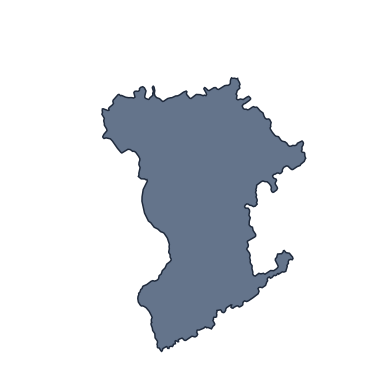 outline of Yizre'el, HaZafon, Israel, rotated 54°
{"feature_id": "584046B83064859640631", "entity_name": "Yizre'el", "entity_type": "district", "adm_level": 2, "iso_a3": "ISR", "parent_name": "Israel", "parent_adm1": "HaZafon", "projection": "natural_earth1", "projection_center": [35.352, 32.606], "detail": "fine", "context": "isolated", "style": "filled", "palette": "slate", "viewbox_px": 384, "rotation_deg": 54, "n_neighbors": 0, "source": "geoboundaries", "source_scale": "gbopen_adm2", "svg_char_len": 6022}
<svg xmlns="http://www.w3.org/2000/svg" viewBox="0 0 384 384"><g transform="rotate(54 192 192)"><path d="M77.9,169.9L77.2,171.9L77.4,173.6L78.8,174.7L79.0,176.0L78.6,176.8L77.5,177.9L76.9,179.4L77.5,180.7L81.7,182.3L81.7,184.0L80.2,185.3L78.4,187.9L76.4,189.9L72.5,192.2L72.2,193.1L70.1,193.7L69.8,194.7L71.4,201.9L72.4,202.9L74.1,203.4L74.7,204.9L75.0,209.2L75.4,210.3L77.0,211.0L76.7,212.1L72.5,214.9L72.1,215.7L73.3,216.8L75.0,217.6L76.1,219.2L80.8,219.6L82.5,221.6L85.2,222.7L86.3,223.6L90.8,224.0L92.4,224.7L93.5,229.2L94.7,231.6L95.6,232.0L97.0,231.7L97.7,229.7L101.0,226.8L104.0,226.4L113.0,226.6L118.3,226.2L119.2,225.8L119.8,218.7L121.4,217.0L124.1,216.2L125.1,214.9L126.7,214.2L131.8,214.2L134.3,214.6L135.6,215.5L137.0,217.5L138.7,218.9L141.8,219.7L145.5,223.9L147.0,224.9L147.9,226.3L151.5,225.4L153.5,222.7L155.2,222.0L155.4,221.2L156.9,221.6L161.3,230.0L166.5,235.2L170.0,237.9L181.2,242.8L189.8,244.3L192.7,243.4L198.3,243.3L201.9,241.4L205.6,240.7L207.7,239.3L209.0,238.8L214.7,239.0L221.0,241.0L222.8,242.7L224.6,243.7L226.7,246.0L227.5,246.4L229.8,246.5L231.8,248.0L234.0,248.3L234.9,249.0L235.4,250.8L235.5,254.8L237.6,258.4L238.2,262.3L240.2,265.0L240.4,267.8L242.6,270.1L242.8,272.5L242.1,274.7L240.7,275.8L240.2,277.5L240.3,283.0L239.4,286.9L239.8,287.9L240.7,289.1L240.8,290.8L242.3,292.9L242.6,294.7L243.6,295.2L244.9,297.2L246.4,298.5L249.5,300.1L253.0,300.3L254.4,300.0L255.2,298.8L256.5,298.0L258.8,297.1L263.5,296.8L268.5,297.6L270.1,298.0L271.3,299.9L272.9,301.0L273.9,301.2L274.1,302.2L275.1,303.0L278.6,304.0L280.9,305.2L284.7,305.3L288.3,307.6L292.3,307.6L293.5,308.4L294.7,309.9L295.8,310.2L297.1,311.2L297.9,311.2L299.1,310.2L302.1,310.5L303.1,310.2L302.8,309.2L301.6,307.6L301.9,304.0L302.2,303.3L304.3,303.5L305.0,302.6L304.0,301.5L304.1,300.5L304.6,299.5L305.5,298.7L305.2,297.6L304.3,296.6L305.0,294.6L302.9,293.5L302.6,292.9L302.8,292.4L305.0,291.4L305.2,290.8L303.6,290.0L303.6,288.6L304.3,286.1L304.8,285.7L306.9,285.5L307.8,285.1L308.4,284.2L308.6,277.1L309.2,276.2L310.5,275.3L311.2,274.3L311.2,272.6L310.4,271.0L308.4,270.8L308.3,270.4L307.3,269.8L306.8,268.9L308.0,267.2L309.1,262.5L308.9,260.6L309.3,260.2L310.4,260.0L311.0,258.7L314.2,256.7L313.0,254.1L312.7,251.7L311.9,251.1L308.2,250.6L307.6,249.4L306.6,248.8L306.2,247.9L307.1,246.7L307.4,245.6L305.9,244.1L304.5,243.5L303.5,242.1L302.5,241.5L304.1,238.2L305.0,238.0L306.4,238.4L307.9,237.7L308.3,237.0L308.2,236.0L307.6,234.4L306.6,233.6L305.9,232.0L306.2,226.8L306.7,226.3L308.0,228.2L309.1,228.0L310.1,227.2L310.0,225.6L310.4,222.9L311.1,221.8L312.3,221.6L313.0,221.0L313.3,218.6L313.1,217.2L311.5,215.9L311.0,214.8L311.0,213.5L312.8,212.1L313.2,210.2L313.4,204.5L313.2,198.3L311.7,196.1L309.0,195.4L308.6,194.2L309.1,192.8L310.7,191.4L310.8,187.4L308.8,184.5L308.3,183.0L306.6,182.3L305.9,180.6L306.3,179.3L307.8,179.3L308.2,177.6L307.6,174.7L308.7,173.6L308.9,172.4L308.3,170.8L308.7,170.1L309.4,170.2L309.7,165.8L310.8,164.7L311.3,162.8L308.3,158.8L307.2,158.3L306.3,155.8L305.1,155.3L304.0,153.7L304.5,151.7L305.7,150.8L305.3,149.5L303.7,148.9L298.8,149.2L296.4,151.5L293.5,151.8L293.3,152.6L294.1,153.6L294.6,155.7L292.5,159.2L294.7,162.0L295.0,163.7L296.1,164.7L302.5,165.8L303.3,166.5L303.8,168.5L303.7,172.1L301.7,174.6L301.4,181.1L300.9,181.6L299.8,181.9L298.7,184.4L297.1,185.7L297.2,190.3L295.8,191.2L294.1,191.1L292.5,189.8L289.3,188.6L287.0,186.7L284.0,186.6L282.6,186.0L281.7,185.0L279.0,184.0L277.5,182.2L275.1,181.4L270.5,181.4L269.9,180.7L269.3,178.8L268.1,177.6L265.1,176.7L264.4,176.1L265.3,167.6L265.0,166.3L263.6,165.4L259.1,165.2L256.0,163.8L254.4,164.9L252.1,165.1L249.3,162.8L247.1,160.0L244.2,159.6L241.7,156.9L240.3,156.1L238.1,156.1L236.4,158.2L234.9,158.2L233.9,156.7L233.8,154.7L234.8,153.7L236.7,153.0L237.9,151.8L239.9,150.9L240.6,149.3L240.1,146.4L238.5,146.1L237.5,144.5L236.3,143.7L233.6,143.1L232.8,141.9L232.2,141.5L229.6,140.8L228.5,139.1L227.5,138.9L226.4,137.3L224.5,135.7L224.4,129.5L224.8,128.1L226.4,127.0L227.9,125.2L230.5,124.6L233.2,124.6L235.0,125.1L236.4,126.6L238.6,127.2L239.9,126.7L240.2,125.6L240.1,122.3L239.3,120.7L238.3,120.3L234.7,120.0L233.6,119.4L232.3,116.8L231.1,116.4L228.9,117.7L227.1,117.7L226.2,117.2L225.9,115.3L226.4,114.4L226.6,112.2L227.3,111.0L228.8,110.2L229.0,108.4L228.4,106.7L227.4,106.1L226.7,105.1L226.0,103.2L226.4,100.3L227.5,99.2L231.4,98.5L232.7,97.9L233.1,97.0L233.3,91.9L234.1,88.9L233.5,87.8L233.2,83.2L231.7,80.8L231.6,80.2L229.5,79.7L226.8,78.0L225.9,78.1L224.8,79.2L223.8,79.6L223.0,79.3L222.7,78.3L220.1,76.5L219.4,74.7L218.0,73.1L216.7,72.8L215.4,73.0L214.5,78.1L215.3,79.6L215.0,81.4L213.5,83.1L213.2,84.8L212.3,86.3L210.4,86.8L208.3,86.6L206.0,87.3L204.0,89.1L202.3,89.6L198.1,89.5L196.1,91.3L194.8,91.7L190.7,91.9L187.1,91.6L186.1,91.2L185.2,89.6L184.1,89.2L182.3,87.1L178.9,86.6L177.9,87.1L176.9,88.9L174.9,89.5L172.8,89.1L169.8,88.1L166.3,89.2L162.0,89.5L161.3,89.9L160.4,91.4L159.2,91.9L158.8,93.2L158.7,97.6L158.1,98.8L156.8,99.5L156.0,100.8L154.7,101.4L152.4,101.0L151.7,100.5L151.2,98.6L151.6,96.9L151.6,91.4L151.2,89.9L150.5,89.5L147.9,89.9L147.5,91.8L147.3,96.2L145.2,98.2L144.5,100.6L143.4,101.2L142.4,101.0L140.3,98.8L138.6,98.8L138.2,97.8L136.5,95.8L136.1,92.3L133.9,91.4L133.3,90.0L131.3,89.3L128.2,88.9L126.9,88.3L126.5,89.6L125.0,90.6L123.9,92.4L122.9,92.9L123.4,94.1L124.5,95.5L126.8,97.3L127.1,98.6L127.0,100.1L126.2,101.0L125.2,103.0L124.7,110.1L123.8,111.1L121.5,111.4L120.5,112.9L120.0,118.6L119.2,119.3L115.5,120.0L114.9,120.5L115.5,121.8L120.0,122.3L121.7,122.9L122.2,124.1L120.9,125.1L120.6,126.4L118.1,128.1L115.6,131.2L115.8,137.8L114.7,138.7L110.0,139.0L109.1,138.7L107.9,137.2L106.9,137.4L106.2,140.2L106.2,144.8L105.8,147.0L104.7,148.8L103.9,152.8L103.1,154.1L102.1,156.7L101.9,161.7L101.4,162.6L97.4,163.4L94.8,165.2L92.3,165.4L90.2,164.6L88.1,162.5L85.2,161.2L84.2,161.0L83.6,161.2L84.0,162.5L84.5,162.9L87.9,164.0L89.1,165.8L90.7,166.8L91.1,171.1L91.7,171.9L91.4,173.0L88.9,174.5L87.7,174.6L86.7,173.9L83.2,169.8L79.8,169.3L77.9,169.9Z" fill="#64748b" stroke="#1e293b" stroke-width="1.5"/></g></svg>